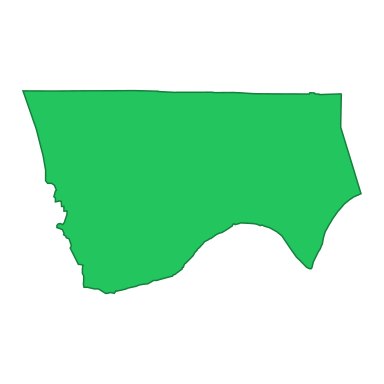 Illiasa, North Bank, Gambia
{"feature_id": "56634734B27555440336226", "entity_name": "Illiasa", "entity_type": "district", "adm_level": 2, "iso_a3": "GMB", "parent_name": "Gambia", "parent_adm1": "North Bank", "projection": "equal_earth", "projection_center": [-15.729, 13.524], "detail": "fine", "context": "isolated", "style": "filled", "palette": "green", "viewbox_px": 384, "rotation_deg": 0, "n_neighbors": 0, "source": "geoboundaries", "source_scale": "gbopen_adm2", "svg_char_len": 2410}
<svg xmlns="http://www.w3.org/2000/svg" viewBox="0 0 384 384"><path d="M83.7,285.8L84.0,287.3L87.5,287.3L94.3,288.9L98.4,288.9L105.6,293.4L107.4,293.4L110.2,292.5L114.3,293.3L115.2,292.1L115.7,291.2L115.8,291.3L123.6,289.6L126.4,288.8L128.3,288.0L132.9,287.0L136.1,286.3L139.2,285.0L143.6,284.2L147.9,283.8L153.5,280.5L157.0,280.4L159.4,279.6L168.2,277.2L170.0,276.7L172.2,276.3L173.8,274.6L174.7,274.6L182.2,268.9L182.2,267.6L183.4,267.2L184.3,264.3L186.2,262.7L193.1,255.7L194.9,252.4L197.1,250.3L197.1,249.5L199.6,247.4L201.7,245.0L202.5,244.3L204.6,241.6L207.9,240.0L210.0,238.6L210.8,238.6L216.4,234.5L219.5,233.1L222.0,232.5L223.8,231.4L227.4,229.2L232.3,225.9L232.9,224.3L234.2,223.8L235.0,224.6L239.4,223.5L240.4,222.9L246.6,223.2L250.2,223.4L254.1,223.7L256.8,224.2L260.3,225.6L262.2,225.0L264.2,226.1L269.6,227.7L276.9,231.8L282.1,236.1L283.0,237.5L287.1,243.6L290.6,248.8L296.4,257.0L300.8,261.3L306.6,267.3L309.5,268.7L311.4,268.6L312.0,267.3L313.4,261.8L318.2,252.0L320.2,249.0L321.3,246.0L322.3,244.1L322.5,243.1L323.3,238.3L324.2,235.0L325.2,231.8L328.5,225.8L332.6,218.9L337.8,211.5L340.7,208.3L344.4,203.9L349.8,199.5L351.2,198.7L353.5,197.0L357.2,195.4L359.1,194.6L361.0,193.7L352.3,165.1L345.6,143.3L340.7,127.2L340.8,120.1L341.0,108.8L341.1,105.6L341.1,104.2L341.3,94.2L341.1,93.9L334.9,94.1L319.3,94.6L318.9,94.0L315.1,94.0L314.6,93.0L311.1,92.8L310.1,92.7L309.6,93.0L309.3,94.0L304.9,94.0L304.5,94.0L276.0,93.9L264.2,93.8L262.2,93.8L254.4,93.7L244.1,93.1L243.9,93.0L237.6,92.7L235.0,92.6L233.5,92.5L218.2,92.6L213.6,92.6L212.8,92.2L197.4,92.3L177.0,92.3L174.6,92.4L157.9,91.5L157.9,91.2L134.5,90.6L100.0,90.8L89.1,90.8L56.6,91.0L49.5,91.0L48.8,91.0L48.4,91.0L23.0,90.9L25.8,98.8L26.5,100.8L32.3,117.5L33.1,119.9L33.5,121.1L35.4,126.4L36.3,129.1L36.5,129.8L39.5,141.6L40.9,147.2L42.8,154.4L43.1,155.8L43.5,158.0L45.1,167.2L45.6,169.9L45.6,180.8L47.6,183.3L51.5,183.3L54.4,185.2L56.4,190.3L55.4,191.0L53.9,196.7L55.4,198.0L55.4,201.9L60.0,200.9L61.2,201.4L61.6,206.5L63.9,206.5L63.9,211.1L67.0,211.1L67.0,211.7L67.0,214.2L65.9,217.8L65.1,219.8L64.7,221.9L62.8,224.5L60.0,223.5L58.1,224.0L56.9,225.5L56.9,227.6L58.5,228.1L62.4,229.6L64.0,233.2L63.6,234.7L65.9,236.3L66.3,237.8L69.0,238.6L71.2,245.1L71.2,246.3L70.2,248.0L78.4,264.4L79.9,264.4L83.0,265.2L82.4,268.4L82.4,270.5L82.4,273.4L83.7,275.8L83.7,280.3L83.4,284.4L83.7,285.8Z" fill="#22c55e" stroke="#15803d" stroke-width="1.5"/></svg>